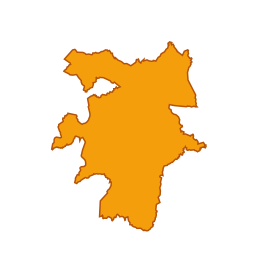 Huehuetlán el Grande, Puebla, Mexico (Natural Earth projection), rotated 196°
{"feature_id": "50627088B86745888605421", "entity_name": "Huehuetlán el Grande", "entity_type": "district", "adm_level": 2, "iso_a3": "MEX", "parent_name": "Mexico", "parent_adm1": "Puebla", "projection": "natural_earth1", "projection_center": [-98.149, 18.758], "detail": "fine", "context": "isolated", "style": "filled", "palette": "amber", "viewbox_px": 256, "rotation_deg": 196, "n_neighbors": 0, "source": "geoboundaries", "source_scale": "gbopen_adm2", "svg_char_len": 5818}
<svg xmlns="http://www.w3.org/2000/svg" viewBox="0 0 256 256"><g transform="rotate(196 128 128)"><path d="M178.9,151.0L177.7,151.3L177.5,151.8L177.7,153.0L177.3,153.7L176.4,154.1L175.3,156.0L173.4,157.3L173.3,160.3L174.0,162.0L172.6,162.6L171.5,163.9L172.0,165.4L171.8,166.2L172.5,167.6L172.3,167.9L171.0,167.3L169.4,168.2L169.3,168.8L165.4,169.6L158.3,168.5L156.3,167.1L154.7,167.0L153.8,168.3L146.9,165.4L149.0,163.7L149.2,163.2L150.6,164.2L151.1,162.3L152.5,161.8L152.0,160.5L152.7,159.6L152.8,158.3L154.1,157.8L155.3,157.9L155.6,155.9L157.4,155.8L157.7,154.9L157.6,154.0L158.4,153.5L161.7,153.2L162.8,151.5L162.7,150.3L163.4,149.5L164.3,149.1L164.8,149.6L166.4,149.2L166.8,149.8L167.6,149.8L167.6,150.2L168.2,149.9L168.9,150.9L169.6,150.3L170.4,150.5L170.6,149.6L172.4,148.4L174.8,145.4L174.9,145.0L171.7,138.7L172.1,137.6L168.7,131.6L167.9,129.3L168.2,124.8L168.9,122.9L170.3,120.9L172.2,119.9L173.1,118.9L175.3,119.5L178.3,121.0L178.4,122.0L180.3,123.6L180.6,124.4L180.3,125.3L181.3,126.2L189.8,125.6L189.9,124.1L190.7,123.5L190.8,122.7L191.9,122.5L192.0,119.9L193.3,119.5L193.1,118.2L192.1,116.8L192.2,116.3L195.5,112.3L195.2,110.5L195.5,109.8L193.0,106.2L191.7,105.1L191.4,103.9L189.9,101.7L189.5,100.6L190.3,99.9L194.3,99.5L195.3,98.7L195.7,97.9L195.8,96.6L195.1,93.8L196.0,92.0L195.5,86.6L194.7,86.3L194.4,87.5L193.9,87.4L193.7,88.3L191.2,90.1L190.1,89.9L189.5,90.2L188.9,89.9L187.9,90.4L187.2,90.1L186.4,90.8L185.8,90.5L185.5,91.4L185.1,91.2L184.4,91.9L183.9,92.9L183.2,93.2L183.2,93.7L182.3,94.8L182.2,95.6L181.8,95.6L181.4,95.0L180.6,95.3L178.2,97.1L177.1,99.8L177.1,101.8L176.8,103.4L176.3,104.0L176.6,104.7L176.3,105.5L175.7,105.8L172.2,105.6L170.8,102.6L170.6,105.1L168.9,106.4L165.6,103.3L165.1,102.2L165.6,94.4L165.3,88.4L164.7,87.6L161.0,85.7L159.8,84.5L158.8,82.0L158.5,80.4L159.6,78.9L162.2,77.9L163.1,76.8L163.0,75.9L162.0,74.7L161.9,74.0L162.8,71.8L162.3,69.3L163.8,69.3L164.7,65.4L164.1,62.9L164.3,62.3L164.1,60.8L162.0,60.5L161.1,62.4L159.3,63.5L158.8,64.8L155.4,68.6L153.8,68.5L152.4,69.1L151.8,70.2L151.9,70.9L148.3,73.7L148.3,74.5L147.1,74.5L146.0,75.3L144.0,75.5L142.3,76.3L140.4,76.2L138.1,77.3L137.6,76.3L136.5,76.0L136.5,75.4L135.7,74.5L134.2,74.5L133.5,73.5L132.8,74.1L130.9,73.4L130.7,70.6L129.8,71.6L129.2,71.3L128.4,68.0L129.1,64.3L129.9,63.3L130.7,61.1L129.8,59.8L134.5,50.3L130.9,34.9L129.2,35.9L128.5,37.1L128.1,36.7L127.2,34.2L126.8,34.1L126.1,34.7L123.6,35.4L122.5,37.4L122.0,37.5L118.9,36.6L118.0,34.7L117.6,34.5L116.7,36.0L116.7,38.2L116.2,38.7L115.3,38.5L115.0,38.7L114.9,41.3L114.4,42.1L112.5,41.3L111.5,40.3L109.4,41.4L107.9,41.2L107.0,40.7L105.5,38.4L105.1,38.9L105.7,41.1L103.7,42.5L101.9,39.0L100.0,37.5L99.6,35.6L97.3,35.9L97.2,35.2L95.2,34.6L93.2,34.7L91.8,34.0L88.1,35.1L85.0,33.8L84.4,33.8L84.2,34.4L81.9,34.3L80.6,34.8L78.7,37.2L78.6,38.2L77.0,40.2L77.0,41.9L77.5,41.7L78.2,44.0L77.6,45.3L77.0,45.4L76.7,47.7L77.0,49.3L76.7,49.8L76.8,52.3L77.7,54.3L77.0,55.4L77.3,56.2L78.0,56.2L78.7,56.9L79.6,61.7L79.2,62.9L76.8,65.2L79.9,69.8L78.7,72.5L79.5,76.4L81.0,79.4L80.8,81.9L80.9,83.3L81.8,84.7L82.0,89.3L83.5,89.5L84.2,90.3L83.7,91.3L82.6,92.0L81.3,91.9L82.9,95.2L82.7,96.3L83.1,99.1L82.8,101.5L80.0,102.9L79.4,104.3L78.3,104.9L76.6,107.0L75.8,107.3L73.8,111.2L72.4,111.3L72.0,112.1L72.0,112.9L71.2,113.1L71.4,114.3L70.6,114.6L71.3,116.6L70.5,116.8L70.1,117.7L69.4,116.9L68.3,117.0L68.1,118.3L68.5,119.3L67.4,120.0L67.8,120.6L67.7,120.9L68.9,121.8L68.4,122.9L69.1,123.5L67.9,124.8L67.7,125.8L67.2,125.1L66.1,125.0L66.2,123.8L65.9,123.3L64.4,123.0L63.2,124.0L61.8,123.9L58.3,125.3L57.4,124.7L56.1,124.9L54.7,124.3L52.8,126.1L52.6,126.8L53.1,127.3L53.0,128.7L52.2,128.4L52.2,129.5L50.4,130.4L49.5,130.2L49.3,130.9L48.2,130.4L47.9,131.7L48.5,133.1L49.5,132.4L49.5,133.1L51.6,134.9L56.4,131.9L56.7,133.7L57.9,134.9L59.0,135.6L59.7,135.0L62.0,135.8L62.7,136.7L62.8,138.3L63.6,139.8L64.0,139.8L64.3,138.9L65.3,138.7L65.7,137.5L70.9,138.1L73.0,137.4L73.1,139.6L75.0,139.9L75.4,139.9L75.0,139.4L76.0,138.9L77.7,141.9L77.0,143.4L76.1,144.1L76.2,144.5L76.7,145.4L77.6,145.1L79.9,146.5L80.4,147.9L80.6,150.2L82.6,152.6L85.7,154.0L87.8,153.9L89.6,154.5L90.8,155.5L91.6,157.3L93.6,157.9L94.3,158.8L94.6,161.9L89.9,162.3L78.0,164.5L77.4,164.7L77.1,165.4L74.3,165.9L72.8,165.7L70.6,167.1L69.0,166.9L67.5,167.4L68.3,167.9L69.2,169.2L69.1,170.3L70.2,171.7L70.7,174.5L71.8,175.4L72.0,178.3L83.6,190.7L86.1,197.7L86.2,203.1L85.5,204.2L85.0,206.9L85.8,207.7L84.8,209.1L86.5,210.3L85.7,212.1L86.3,212.8L87.8,212.0L90.3,213.9L90.7,214.7L90.3,216.1L91.4,218.1L91.3,219.1L92.1,219.6L95.0,217.3L95.7,212.8L101.7,215.1L101.6,215.4L102.6,215.8L102.8,216.4L106.3,218.8L106.4,219.7L107.1,220.2L107.5,220.9L108.9,220.6L109.0,220.1L109.8,220.9L109.5,222.2L111.8,222.2L112.4,221.1L111.9,219.4L112.6,219.7L111.9,218.0L111.9,215.7L113.1,214.1L113.8,211.4L116.6,208.4L116.9,206.0L118.5,204.1L119.7,199.9L121.8,200.1L122.3,199.9L122.2,199.4L123.4,198.7L126.1,198.3L128.5,198.7L131.4,196.9L131.6,196.1L131.7,198.3L133.5,195.4L133.6,194.0L135.9,194.9L136.1,196.1L137.1,197.1L137.7,196.3L138.7,196.1L138.8,195.4L138.5,194.9L138.7,193.2L142.4,188.6L146.9,189.6L149.5,188.7L152.6,190.0L156.3,190.5L159.2,192.0L159.5,192.1L159.6,191.0L160.5,191.3L160.9,192.2L161.7,192.5L163.0,193.9L163.6,195.5L164.9,195.1L165.7,196.2L167.3,197.4L168.5,196.4L169.3,197.2L171.1,196.9L173.1,194.8L174.8,194.0L176.5,192.1L178.8,191.4L179.8,191.8L180.8,190.8L182.4,190.5L182.5,188.9L183.1,188.4L185.9,188.3L188.6,187.2L190.0,187.9L192.2,188.2L197.8,186.8L199.7,188.4L200.8,188.9L202.8,187.7L208.1,176.7L201.5,174.5L200.7,173.3L201.8,172.7L202.4,170.6L203.3,169.9L203.4,167.9L205.1,165.7L205.2,164.8L199.8,163.8L198.4,163.1L195.7,163.6L192.2,165.2L189.2,162.7L186.0,160.7L185.7,159.3L184.1,157.3L181.7,156.4L181.2,155.5L181.4,152.5L181.1,152.1L179.3,152.0L178.9,151.0Z" fill="#f59e0b" stroke="#b45309" stroke-width="1.5"/></g></svg>